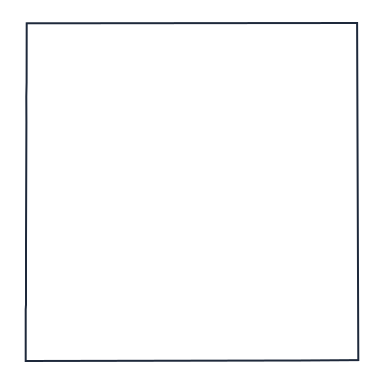 outline of Parmer, Texas, United States of America
{"feature_id": "52423323B8622019817897", "entity_name": "Parmer", "entity_type": "district", "adm_level": 2, "iso_a3": "USA", "parent_name": "United States of America", "parent_adm1": "Texas", "projection": "orthographic", "projection_center": [-102.967, 34.53], "detail": "fine", "context": "isolated", "style": "outline", "palette": "slate", "viewbox_px": 384, "rotation_deg": 0, "n_neighbors": 0, "source": "geoboundaries", "source_scale": "gbopen_adm2", "svg_char_len": 401}
<svg xmlns="http://www.w3.org/2000/svg" viewBox="0 0 384 384"><path d="M357.1,23.0L26.7,23.3L26.6,82.5L26.3,96.5L26.4,122.4L26.0,244.5L26.0,246.7L26.0,246.8L26.0,249.9L26.0,288.9L26.0,292.6L26.0,295.4L26.0,298.1L26.0,300.6L26.0,302.0L26.0,304.9L26.0,305.1L25.9,305.9L25.8,308.0L25.7,309.0L25.7,360.9L25.7,361.0L300.9,360.5L358.3,360.1L357.1,23.0Z" fill="none" stroke="#1e293b" stroke-width="2"/></svg>